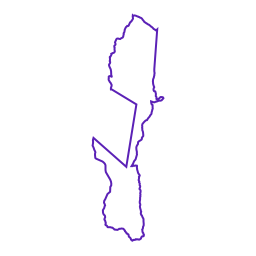 La Poma, Salta, Argentina (Natural Earth projection)
{"feature_id": "61730980B84051306954372", "entity_name": "La Poma", "entity_type": "district", "adm_level": 2, "iso_a3": "ARG", "parent_name": "Argentina", "parent_adm1": "Salta", "projection": "natural_earth1", "projection_center": [-66.198, -24.176], "detail": "fine", "context": "isolated", "style": "outline", "palette": "violet", "viewbox_px": 256, "rotation_deg": 0, "n_neighbors": 0, "source": "geoboundaries", "source_scale": "gbopen_adm2", "svg_char_len": 5897}
<svg xmlns="http://www.w3.org/2000/svg" viewBox="0 0 256 256"><path d="M141.2,211.7L140.9,211.1L140.7,209.9L140.2,208.3L139.9,206.7L140.0,205.9L140.2,205.4L140.3,204.7L140.2,204.0L139.8,203.2L139.7,201.9L140.1,199.5L140.1,197.4L140.4,196.4L140.2,195.8L140.3,195.4L140.5,194.9L140.2,193.3L140.3,192.8L140.5,192.3L140.6,191.0L140.5,190.4L140.2,189.7L139.6,189.2L139.5,188.9L139.6,188.2L139.9,187.8L140.2,186.7L140.1,185.8L139.8,185.5L139.6,185.0L139.8,183.6L139.6,183.1L139.1,182.5L139.1,182.1L139.1,181.7L139.3,181.4L138.7,180.3L138.6,180.0L138.9,179.2L139.0,178.0L139.1,177.6L138.9,176.9L139.0,176.6L139.5,176.1L139.7,175.6L139.7,175.3L139.4,174.9L139.3,174.6L138.5,173.7L138.0,172.6L137.7,171.4L137.1,169.4L137.1,168.6L136.9,167.8L136.9,167.3L137.0,166.3L136.9,165.7L135.7,165.5L134.8,165.7L134.4,165.8L133.8,165.6L133.4,165.8L132.7,166.1L131.6,166.1L133.0,163.8L134.0,161.4L134.6,160.5L135.2,159.9L135.6,159.3L137.0,154.4L136.8,153.4L136.9,152.0L136.5,150.1L136.4,149.4L136.3,147.7L136.4,147.0L136.8,145.9L137.5,144.7L137.9,144.2L138.1,142.1L139.4,140.9L140.1,140.6L141.3,139.8L141.6,139.5L141.9,138.8L141.8,138.3L141.9,137.8L142.2,137.5L142.3,137.1L143.2,136.1L143.3,135.0L143.2,134.4L143.1,132.8L142.8,131.3L142.3,130.2L142.3,128.3L142.1,127.9L142.1,127.5L142.3,127.0L142.2,125.8L142.1,125.3L142.5,123.9L144.0,122.1L145.3,120.8L146.3,120.2L147.0,120.1L147.4,119.5L147.7,118.9L148.1,118.3L149.4,116.8L149.8,116.3L150.0,115.7L150.3,115.2L151.2,114.3L151.5,113.5L151.6,112.4L152.1,110.8L152.3,109.6L152.7,108.8L152.7,108.3L152.6,107.6L152.6,105.5L152.4,104.7L151.8,104.5L151.5,103.9L151.4,103.4L151.2,103.0L151.1,101.4L153.4,102.2L154.6,102.3L155.6,101.7L156.6,101.6L158.8,100.7L160.5,100.7L161.6,100.3L163.4,98.3L163.2,97.6L162.7,97.2L161.0,97.0L160.5,97.1L160.2,97.3L159.5,98.1L158.8,98.7L157.5,99.2L156.7,99.3L156.5,99.1L156.4,98.7L156.5,97.9L156.5,97.3L156.3,96.8L155.8,96.2L155.8,95.8L155.9,93.9L155.8,93.4L155.7,93.1L155.5,92.2L155.3,91.8L155.3,91.5L155.0,91.3L154.2,91.2L153.9,90.9L153.5,89.9L153.6,88.7L153.7,88.2L154.2,87.4L154.2,87.0L153.8,86.2L153.3,84.6L153.1,83.6L153.0,81.9L152.9,81.6L153.1,79.4L153.5,78.3L153.8,77.7L154.0,76.4L154.3,75.6L154.4,74.0L154.6,73.2L154.6,72.9L154.4,72.2L154.3,71.1L154.3,69.1L157.2,29.5L156.9,29.8L156.5,29.8L156.1,30.1L155.7,30.3L154.5,29.3L153.7,29.0L153.4,28.7L153.0,28.1L151.8,27.0L151.2,26.7L150.2,25.7L149.3,25.1L149.1,24.8L147.7,24.2L147.2,23.7L146.6,23.5L146.4,23.2L145.7,22.9L144.9,22.2L144.5,22.1L144.0,21.4L143.3,20.4L142.7,19.8L142.1,18.8L141.7,18.4L141.0,17.9L139.8,17.5L139.4,17.1L138.5,16.9L138.0,16.5L137.6,16.5L135.8,15.7L134.3,15.4L133.9,15.5L133.4,15.9L133.0,15.7L132.8,15.5L132.7,16.5L133.0,18.5L132.9,18.8L132.6,19.5L132.2,20.0L131.5,21.2L131.1,21.6L130.9,21.6L130.3,22.4L130.0,22.5L129.7,23.3L129.2,24.3L128.7,25.5L128.3,25.9L128.0,26.0L127.2,25.9L126.7,26.6L126.0,27.1L125.4,28.2L124.7,29.8L124.7,30.4L124.5,31.0L124.5,31.5L124.4,32.0L124.0,32.6L123.7,33.1L123.6,33.6L123.8,34.0L123.5,35.0L123.2,36.6L122.7,37.5L120.6,38.6L120.2,39.0L119.2,38.9L117.9,38.5L116.9,38.7L116.3,39.3L115.7,40.8L115.5,41.1L115.1,42.1L115.0,42.5L115.2,42.9L115.3,43.2L115.5,43.9L115.5,44.4L115.3,44.9L114.5,45.6L114.3,46.0L114.3,46.4L114.3,47.0L114.6,47.4L114.6,47.9L114.5,49.3L114.7,50.7L114.8,51.1L114.7,51.8L113.8,52.8L113.0,53.0L112.6,53.1L112.2,53.5L111.9,53.7L111.6,53.6L111.3,53.8L111.4,54.0L111.4,54.7L111.0,55.6L110.5,56.5L110.0,56.7L109.8,57.0L109.8,57.5L110.0,57.8L109.9,58.5L110.0,59.9L110.0,60.2L109.8,60.7L109.7,61.0L110.2,62.1L109.9,63.4L109.5,63.8L109.0,64.9L109.1,65.5L109.5,66.8L110.7,69.3L111.1,71.5L111.2,74.3L111.2,74.7L111.4,75.7L111.6,75.9L111.7,76.3L111.7,76.6L111.4,76.7L110.6,76.1L109.3,76.1L108.7,76.8L108.8,78.4L108.6,78.9L108.7,79.9L109.0,80.6L109.4,81.1L109.8,82.0L110.6,82.8L110.9,83.6L111.5,84.5L111.6,85.0L111.6,85.9L111.4,86.5L111.3,86.9L111.2,87.0L111.1,87.3L110.9,88.1L110.9,88.9L111.0,89.2L110.9,89.7L111.0,90.3L111.2,89.1L136.4,104.4L126.3,166.8L93.5,137.9L93.0,139.7L92.9,140.5L93.1,141.1L93.0,142.0L93.1,142.7L92.6,145.7L93.0,146.2L93.2,146.8L93.6,147.7L94.3,149.8L95.2,151.6L95.4,152.4L95.1,153.2L95.0,154.9L95.3,157.8L95.6,158.3L96.4,158.8L102.5,161.5L103.7,162.5L104.8,163.7L105.4,165.0L105.5,165.5L105.5,169.8L105.6,170.7L105.9,172.2L110.2,179.6L111.0,181.7L111.3,183.7L111.2,185.5L110.3,186.9L110.1,191.8L107.5,194.0L105.2,199.3L104.3,200.7L104.1,201.7L104.0,202.6L104.2,203.2L104.6,203.9L105.1,205.5L104.7,206.0L104.2,208.0L102.9,210.2L103.0,212.5L103.3,213.7L103.9,214.7L104.8,215.5L105.1,216.5L105.1,217.6L104.8,218.0L104.6,218.4L104.4,219.3L104.6,220.0L104.9,220.2L105.1,220.5L105.4,222.0L105.7,222.3L105.7,223.7L105.4,224.4L105.6,225.1L105.9,225.3L106.3,225.4L106.7,225.6L107.2,226.2L107.5,227.0L107.8,227.2L108.1,227.2L110.3,227.2L110.8,227.3L111.3,227.6L112.2,227.6L112.6,227.8L113.4,228.5L114.0,229.0L114.4,229.5L114.8,229.6L115.2,229.7L115.7,229.6L116.0,229.7L117.4,229.9L118.9,229.1L119.2,228.8L120.2,228.8L121.6,228.5L123.4,228.8L124.5,230.2L124.9,230.5L125.0,231.3L125.7,231.9L126.3,232.9L126.6,233.0L126.7,233.5L127.2,233.8L127.7,234.0L128.2,234.3L128.2,234.5L128.6,234.9L128.6,235.2L128.7,235.7L128.7,236.0L128.9,236.7L129.7,237.3L130.4,238.0L130.8,238.8L131.0,239.6L131.4,239.7L132.2,240.6L132.6,240.2L133.3,240.2L133.6,239.9L133.9,240.0L134.4,239.8L134.9,239.9L135.5,239.6L135.6,239.4L135.8,239.2L136.2,239.2L136.9,239.5L137.4,239.3L138.3,239.4L138.7,239.6L139.3,239.6L139.6,239.5L140.0,239.2L140.9,238.6L141.3,237.3L142.1,236.4L142.3,236.3L143.2,236.3L143.5,236.2L143.8,235.8L143.8,235.6L143.7,235.1L143.9,234.8L143.6,234.3L143.5,233.8L143.3,233.6L143.2,232.9L142.7,232.5L142.6,231.9L142.4,231.2L142.4,230.3L142.2,229.7L142.5,229.1L142.8,228.7L143.1,226.6L143.6,225.7L143.7,225.0L143.7,223.6L143.5,221.4L143.5,219.4L143.3,218.4L142.7,217.6L141.9,215.5L141.6,215.4L141.2,214.7L141.1,214.2L140.9,214.0L140.8,213.6L140.8,213.0L141.2,211.7Z" fill="none" stroke="#5b21b6" stroke-width="2"/></svg>